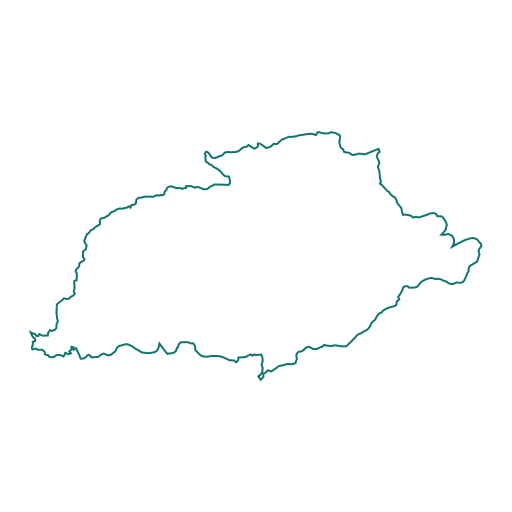 Posse, Goiás, Brazil
{"feature_id": "56859067B54969559433464", "entity_name": "Posse", "entity_type": "district", "adm_level": 2, "iso_a3": "BRA", "parent_name": "Brazil", "parent_adm1": "Goiás", "projection": "orthographic", "projection_center": [-46.453, -14.224], "detail": "fine", "context": "isolated", "style": "outline", "palette": "teal", "viewbox_px": 512, "rotation_deg": 0, "n_neighbors": 0, "source": "geoboundaries", "source_scale": "gbopen_adm2", "svg_char_len": 5834}
<svg xmlns="http://www.w3.org/2000/svg" viewBox="0 0 512 512"><path d="M378.4,148.9L364.8,154.4L362.7,154.0L359.0,153.6L354.6,154.8L352.6,155.0L350.9,154.2L349.1,152.8L346.4,152.4L343.8,151.7L343.3,149.5L340.7,147.4L339.3,142.4L340.1,137.0L339.6,135.2L335.6,133.0L330.7,132.2L329.1,133.2L327.0,133.5L322.0,133.2L319.5,132.2L317.7,132.3L315.9,135.1L312.7,133.9L309.4,133.8L305.7,134.3L303.1,134.8L298.9,135.3L295.8,136.4L293.6,136.5L291.5,137.0L289.1,136.7L284.8,138.5L282.2,139.5L279.5,141.6L277.6,143.7L275.7,144.1L273.7,143.8L271.1,146.3L268.8,147.4L266.1,148.0L261.7,144.7L260.0,143.7L257.9,143.6L257.8,146.5L255.8,148.0L254.1,148.6L248.4,145.0L246.9,146.6L245.1,146.9L242.8,147.6L240.5,149.5L238.1,151.4L234.8,152.1L232.7,152.1L230.8,152.3L228.2,152.0L225.3,152.3L223.9,153.5L222.0,155.5L219.5,156.2L216.8,157.4L214.1,158.1L211.6,157.3L210.5,155.6L209.3,153.9L207.7,152.2L206.1,151.7L204.8,153.7L205.8,155.5L205.2,157.4L205.6,159.4L205.9,161.6L207.6,162.5L209.0,164.0L211.8,165.3L213.7,167.1L216.1,168.2L218.8,170.0L220.8,171.7L222.5,173.9L224.8,176.1L226.9,176.4L228.9,176.5L229.3,178.3L230.0,180.9L230.0,182.9L228.7,184.9L216.5,184.5L214.0,184.6L212.1,185.9L210.3,186.5L208.6,188.0L206.6,189.2L204.8,189.4L202.9,189.0L200.9,188.1L198.6,187.2L196.9,186.9L195.3,187.7L193.7,187.3L191.4,186.1L188.2,186.1L186.3,186.0L186.1,187.8L184.2,188.1L182.4,188.9L180.1,188.0L177.3,188.1L175.0,187.6L172.9,186.8L170.3,186.2L167.2,187.7L166.2,190.1L164.5,191.9L164.3,194.2L162.2,195.4L160.5,194.8L158.9,195.7L156.9,195.2L154.6,196.2L152.4,196.9L149.2,196.6L144.2,196.7L141.1,197.7L138.4,197.8L136.3,199.8L135.9,203.2L134.1,204.8L131.5,205.0L130.5,207.6L128.9,206.3L126.5,207.8L124.6,208.0L122.7,208.7L119.8,208.5L116.9,209.4L113.5,211.5L110.8,212.4L109.5,214.4L107.6,216.0L106.0,216.6L104.5,217.7L100.9,218.5L99.8,220.5L100.0,224.0L98.4,225.3L95.4,227.1L93.1,229.3L90.8,230.2L88.6,233.3L87.0,234.1L86.0,236.4L84.2,240.9L85.2,243.3L86.6,245.3L85.9,249.1L83.0,251.4L83.1,254.3L82.8,256.6L84.5,259.4L83.4,260.9L81.3,262.0L79.3,263.4L79.2,266.0L78.2,267.6L76.6,268.9L75.6,271.4L76.8,273.3L76.8,276.7L76.5,280.3L74.4,280.9L74.1,282.9L74.5,285.8L74.6,287.7L73.8,291.7L74.8,293.8L73.4,295.5L70.4,297.0L69.2,298.6L66.9,299.0L63.9,298.4L61.1,301.1L59.0,302.5L56.9,304.5L56.6,309.8L56.4,313.0L56.8,314.9L57.0,318.0L57.9,321.3L56.4,324.5L56.5,327.6L54.9,329.9L52.2,330.9L50.2,330.1L48.1,332.9L47.8,335.5L42.8,335.7L41.1,334.9L39.2,334.1L38.3,336.1L36.2,335.8L35.2,334.1L33.3,333.6L30.7,332.3L32.2,335.9L33.2,337.3L35.3,339.3L35.1,341.1L32.8,341.8L32.9,344.1L31.8,347.8L32.4,349.4L35.8,348.6L37.7,349.8L42.1,349.7L44.7,351.9L45.0,354.3L46.6,355.0L48.3,355.2L49.6,357.1L51.9,357.2L54.1,356.9L56.1,355.3L57.8,354.8L60.9,355.2L63.5,356.5L64.5,354.9L65.3,352.8L68.6,354.2L70.9,353.3L69.3,351.4L71.8,349.4L71.4,346.9L73.6,347.3L73.9,349.5L76.0,348.2L79.4,355.3L80.7,358.7L83.0,358.6L85.0,357.8L88.2,354.8L90.2,355.6L91.5,357.4L96.1,357.0L98.1,356.9L100.3,355.3L102.0,354.3L103.7,353.5L106.2,354.6L107.9,355.4L110.7,354.9L112.7,353.3L115.4,351.3L117.0,347.8L118.9,346.1L124.9,344.4L126.6,344.2L128.3,344.5L130.5,345.5L132.6,346.6L135.6,348.9L137.6,349.8L141.0,352.0L142.9,352.6L148.5,353.2L154.3,352.2L156.3,351.3L158.0,349.2L158.7,346.9L159.4,343.5L165.2,351.3L167.5,353.9L169.5,353.4L172.7,353.2L174.2,352.4L175.9,351.0L176.9,348.1L178.2,346.7L178.6,344.6L180.3,342.5L183.6,342.1L186.1,342.2L188.0,342.2L190.5,343.3L193.2,343.3L195.1,346.0L195.1,348.8L195.8,350.7L201.0,355.7L204.9,356.7L207.4,356.7L211.4,355.9L214.2,356.0L218.1,356.0L222.5,357.0L229.4,360.2L234.2,360.5L236.0,362.3L238.1,360.5L238.5,357.5L241.0,357.4L245.8,357.0L248.1,355.5L250.9,354.4L252.4,355.7L254.2,354.3L255.6,355.2L261.2,354.5L262.1,356.8L262.6,358.7L262.6,361.7L261.5,364.6L262.2,366.3L262.6,368.2L262.4,371.4L260.7,374.6L258.3,376.3L260.7,379.8L263.4,377.0L263.4,373.6L265.4,372.7L268.1,370.2L271.1,371.5L276.1,368.2L278.6,366.2L283.1,365.2L287.5,363.9L291.7,364.3L295.6,363.1L296.0,361.1L296.9,359.2L296.3,355.3L297.3,352.9L298.9,351.7L300.8,351.6L303.0,350.5L305.3,348.4L307.4,346.9L310.1,347.2L313.2,349.1L316.8,349.0L319.8,347.5L322.5,346.5L324.1,344.9L326.4,345.5L328.9,345.9L332.1,346.0L333.9,345.3L336.5,345.5L341.3,346.3L346.3,346.3L349.9,342.8L351.3,341.5L353.2,339.4L354.9,337.8L357.3,334.9L359.7,333.8L361.3,333.2L364.3,331.1L366.3,330.2L367.9,329.1L369.9,326.5L371.9,322.4L375.2,319.6L376.6,316.6L379.1,313.5L381.6,312.5L382.9,310.7L384.9,309.5L387.4,308.1L390.9,307.0L393.5,306.4L396.0,305.3L396.6,303.4L396.6,301.6L398.0,300.4L399.3,299.2L398.1,296.8L400.3,293.9L401.4,292.0L402.2,290.4L403.5,286.9L405.8,286.2L407.5,286.2L409.2,287.7L411.8,287.7L415.2,287.4L417.1,286.8L418.7,285.1L420.8,282.2L423.1,280.7L426.1,279.2L428.8,278.4L431.5,277.9L433.5,278.5L435.4,279.0L437.6,278.8L439.9,279.1L441.7,279.7L444.1,281.0L446.6,281.6L448.4,283.1L450.6,283.9L453.4,284.0L454.8,283.1L457.1,282.4L459.8,282.9L461.8,282.5L463.5,281.5L464.8,279.4L466.1,276.5L467.1,273.6L468.4,271.6L468.6,269.6L468.9,267.7L469.9,265.9L477.0,261.7L478.4,257.7L479.5,254.2L478.6,251.5L479.1,249.2L481.3,246.2L481.1,244.0L479.6,242.4L477.7,240.1L476.4,238.9L474.6,238.4L472.9,238.0L470.6,238.3L465.3,239.9L458.0,243.5L455.5,244.9L452.2,246.7L454.2,242.8L453.8,238.8L452.3,235.9L448.2,233.9L446.1,234.5L443.8,234.8L441.3,234.7L443.1,232.8L445.7,229.7L446.0,227.5L446.8,225.0L446.1,222.4L443.2,217.7L441.4,216.3L438.9,216.3L437.0,215.9L436.3,214.1L433.7,213.0L430.2,213.5L426.7,214.9L420.8,216.9L418.2,217.4L415.9,216.8L413.2,217.5L410.7,215.6L408.4,215.1L405.8,214.6L403.1,214.9L402.1,212.2L401.4,208.2L397.2,203.0L396.3,199.8L395.1,197.5L393.1,196.5L390.3,194.2L389.2,192.1L387.3,191.0L381.6,184.7L379.9,183.7L381.0,181.8L380.2,179.2L379.2,170.3L377.8,166.6L379.2,163.9L379.0,161.3L377.7,158.9L376.7,156.0L377.8,153.5L379.6,151.8L378.4,148.9Z" fill="none" stroke="#0f766e" stroke-width="2"/></svg>